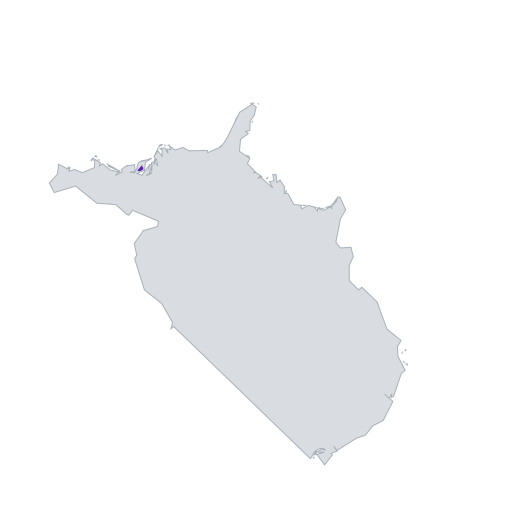 location of Caroline, Maryland, United States of America, rotated 224°
{"feature_id": "52423323B10584672826222", "entity_name": "Caroline", "entity_type": "district", "adm_level": 2, "iso_a3": "USA", "parent_name": "United States of America", "parent_adm1": "Maryland", "projection": "natural_earth1", "projection_center": [-75.855, 38.889], "detail": "fine", "context": "in_parent", "style": "filled", "palette": "violet", "viewbox_px": 512, "rotation_deg": 224, "n_neighbors": 0, "source": "geoboundaries", "source_scale": "gbopen_adm2", "svg_char_len": 4263}
<svg xmlns="http://www.w3.org/2000/svg" viewBox="0 0 512 512"><g transform="rotate(224 256 256)"><path d="M407.3,183.4L434.3,181.0L445.2,161.5L455.3,164.9L455.7,176.9L461.7,184.9L451.5,187.8L451.0,190.0L449.3,187.2L446.8,192.0L438.8,195.3L433.6,207.3L438.1,212.5L441.1,211.8L440.3,209.6L441.2,210.6L441.5,213.2L432.8,214.9L431.2,212.1L430.3,215.9L420.3,216.7L412.7,221.5L413.5,218.8L412.8,217.0L410.7,223.5L412.8,224.7L412.1,230.2L406.9,237.3L401.6,232.9L404.9,228.5L401.2,231.6L402.6,236.5L404.8,239.4L405.2,242.5L398.7,254.1L400.7,246.8L395.7,240.0L399.1,232.7L394.1,234.9L395.7,245.6L390.9,242.4L389.3,242.7L390.8,239.4L390.7,238.3L389.1,241.0L389.0,243.2L396.3,247.4L394.6,249.3L391.4,245.5L390.1,244.9L394.2,249.4L396.0,250.3L394.9,253.0L392.7,250.9L396.1,255.0L395.3,255.5L393.6,253.4L389.1,252.5L394.6,256.4L398.2,256.3L401.6,266.2L398.6,258.6L399.5,263.5L392.8,262.5L397.6,267.3L400.0,266.0L396.9,270.4L390.6,268.8L394.4,271.2L391.0,273.4L395.0,275.0L387.8,276.1L384.0,283.3L377.2,285.2L364.2,298.3L362.5,296.8L357.5,308.8L357.0,311.8L358.9,321.0L367.6,348.2L364.2,362.5L359.4,363.4L354.9,355.7L354.1,349.3L347.6,341.9L349.9,338.6L346.6,338.7L348.2,329.2L340.6,319.8L328.4,322.0L326.4,316.5L314.5,316.0L316.1,313.9L313.9,316.0L308.4,317.0L308.5,312.8L307.5,315.8L291.1,316.6L297.9,318.7L295.4,322.6L300.6,326.4L297.8,328.4L292.1,323.3L291.6,327.3L283.6,325.6L279.2,320.6L276.4,323.1L264.7,319.3L257.6,324.7L259.4,323.2L255.7,321.8L253.6,328.5L246.1,332.9L247.9,331.6L243.2,330.9L244.7,333.2L239.0,336.0L236.5,343.4L234.1,342.3L236.2,344.3L236.2,351.1L238.2,355.3L236.5,356.7L223.6,351.5L221.1,341.4L208.2,321.5L201.0,320.3L193.7,328.2L185.5,323.0L182.3,313.8L171.7,303.0L158.6,302.9L158.2,307.0L137.1,307.1L111.0,294.4L93.0,296.0L91.3,289.1L84.4,282.5L69.3,277.4L69.9,272.5L59.5,250.5L60.3,248.2L62.6,251.1L61.5,246.3L67.3,245.9L56.5,246.5L50.3,226.0L54.0,215.1L52.8,203.0L57.1,195.1L62.6,172.6L67.9,173.1L62.1,172.0L65.0,166.0L62.9,166.0L61.6,153.4L74.5,155.6L70.6,162.2L75.8,157.5L74.4,163.0L71.0,164.4L73.2,164.6L76.1,162.3L78.0,156.7L76.0,148.0L266.3,148.1L266.6,144.7L269.8,150.2L290.8,156.3L312.7,154.1L341.3,169.7L342.4,173.8L352.2,180.3L354.7,196.2L347.2,209.0L350.4,213.2L376.6,203.1L375.7,197.1L378.1,196.1L392.4,195.7L407.3,183.4ZM423.3,219.4L427.6,218.7L412.4,222.5L424.9,217.9L423.3,219.4ZM76.0,153.4L77.1,156.9L76.9,157.5L74.9,154.8L76.0,153.4ZM238.1,354.1L236.6,348.1L236.9,344.6L237.0,348.2L238.1,354.1ZM452.6,188.3L452.5,190.1L451.8,189.7L452.6,188.3ZM279.3,322.4L279.6,323.8L278.3,322.7L279.3,322.4ZM74.8,283.0L76.6,282.2L76.7,282.4L74.8,283.0ZM72.9,282.5L72.1,283.5L71.5,282.6L72.9,282.5ZM436.8,215.2L435.6,216.3L435.3,216.1L436.8,215.2ZM238.1,341.5L236.9,344.2L239.6,338.9L238.1,341.5ZM365.1,339.2L366.7,344.6L364.8,338.7L365.1,339.2ZM83.5,287.5L84.1,288.9L83.4,287.6L83.5,287.5ZM364.9,363.3L363.4,365.0L365.9,361.5L364.9,363.3ZM402.1,269.5L400.5,271.6L401.8,266.6L402.1,269.5ZM74.7,150.5L74.6,151.5L73.9,151.0L74.7,150.5ZM244.7,334.2L242.1,335.5L244.8,333.8L244.7,334.2ZM440.9,215.7L440.8,217.0L439.5,216.7L440.9,215.7ZM83.0,291.5L83.4,293.3L82.7,291.7L83.0,291.5ZM241.4,336.5L240.3,337.2L241.3,336.1L241.4,336.5ZM404.5,244.8L402.7,247.6L404.8,243.7L404.5,244.8ZM256.7,325.9L255.0,327.0L257.5,325.1L256.7,325.9ZM357.8,310.3L357.4,312.5L357.3,310.9L357.8,310.3ZM395.6,275.4L395.0,275.8L396.7,274.2L395.6,275.4ZM332.8,321.5L330.7,322.7L329.9,322.5L332.8,321.5ZM307.7,316.6L307.3,317.0L306.1,316.9L307.7,316.6ZM351.9,349.5L352.2,351.0L351.6,349.1L351.9,349.5ZM302.3,319.7L301.9,321.1L301.9,318.6L302.3,319.7ZM360.3,367.1L359.2,367.3L360.7,366.8L360.3,367.1ZM411.7,231.2L410.8,232.6L411.9,230.6L411.7,231.2ZM399.2,272.0L398.5,272.5L398.3,272.5L399.2,272.0Z" fill="#d9dde1" stroke="#a8b0b8" stroke-width="1"/><path d="M398.6,238.1L398.6,238.4L398.8,238.7L398.7,238.8L399.0,239.0L398.9,239.1L398.7,239.2L398.6,239.3L398.4,239.3L398.2,239.6L398.1,239.8L398.3,240.0L398.6,240.3L398.9,240.2L399.0,240.1L399.4,240.0L399.7,240.1L399.7,240.3L399.9,240.2L400.3,240.6L400.3,240.0L400.2,239.5L400.2,239.1L400.2,238.9L400.2,238.7L400.2,238.3L400.1,236.7L400.0,236.3L400.0,236.0L399.7,236.1L399.4,236.4L399.3,236.6L399.1,236.8L399.0,237.2L398.8,237.3L398.6,237.6L398.5,237.9L398.6,238.1Z" fill="#8b5cf6" stroke="#5b21b6" stroke-width="1.5"/></g></svg>